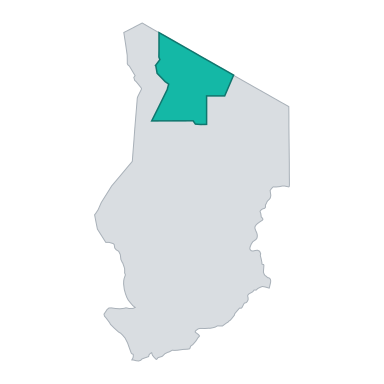 Tibesti Est, Borkou, Chad shown in context
{"feature_id": "50815135B39039287340708", "entity_name": "Tibesti Est", "entity_type": "district", "adm_level": 2, "iso_a3": "TCD", "parent_name": "Chad", "parent_adm1": "Borkou", "projection": "robinson", "projection_center": [18.315, 20.82], "detail": "fine", "context": "in_parent", "style": "filled", "palette": "teal", "viewbox_px": 384, "rotation_deg": 0, "n_neighbors": 0, "source": "geoboundaries", "source_scale": "gbopen_adm2", "svg_char_len": 3927}
<svg xmlns="http://www.w3.org/2000/svg" viewBox="0 0 384 384"><path d="M288.8,106.6L288.9,116.0L288.9,125.5L289.0,134.9L289.1,144.3L289.2,153.8L289.3,163.2L289.3,172.7L289.4,182.1L289.4,185.2L289.2,186.5L288.8,186.9L284.4,186.0L282.4,186.0L279.7,186.6L275.8,187.0L273.2,186.9L271.5,188.5L270.1,190.5L270.8,195.2L270.6,196.7L270.1,198.3L268.9,199.7L267.7,200.8L267.0,201.8L266.1,203.9L265.4,204.9L265.5,206.2L265.3,207.6L264.6,208.3L262.7,208.9L261.6,209.5L260.6,210.5L260.0,211.3L260.3,212.2L260.8,213.6L261.1,215.7L261.2,216.9L262.2,217.9L262.7,218.6L262.9,219.5L262.4,220.2L260.1,221.7L259.2,222.3L258.2,223.1L257.8,223.3L256.2,224.8L255.3,226.1L254.9,227.1L255.0,228.6L255.8,230.8L256.7,232.7L257.1,234.1L257.3,235.6L257.2,237.1L256.8,238.4L255.9,239.5L252.8,241.7L251.3,244.0L250.1,246.9L249.8,248.5L250.1,249.5L250.8,250.4L251.7,250.9L253.1,251.0L255.3,250.5L257.4,250.2L259.6,251.2L260.7,253.7L260.3,255.4L261.1,258.6L261.9,262.5L261.9,263.8L262.2,264.3L263.6,264.5L263.9,265.4L263.4,272.2L264.1,274.1L265.0,275.5L266.1,276.2L267.1,277.1L267.7,277.7L268.9,277.8L270.3,279.1L270.7,280.7L270.6,282.3L269.8,285.8L269.2,288.1L268.4,287.9L266.7,287.4L264.8,286.9L262.3,286.5L260.0,287.4L257.6,288.6L256.8,289.5L256.1,290.1L255.0,290.0L254.0,290.1L253.4,291.0L252.5,291.9L248.9,293.9L248.2,294.7L247.7,295.4L247.7,296.2L248.1,297.8L248.1,299.8L247.3,301.4L246.4,302.5L245.3,302.9L244.4,303.1L243.9,303.8L242.0,307.5L241.2,308.2L239.5,308.1L234.8,313.6L234.4,315.2L232.6,317.5L230.4,320.1L228.5,321.4L228.3,321.8L227.8,322.3L226.6,322.9L222.4,326.0L217.4,325.9L215.2,327.1L213.0,327.7L209.9,328.3L208.9,328.2L204.9,328.5L200.1,328.4L198.3,328.8L196.6,330.0L195.4,331.0L195.2,331.4L195.4,331.8L195.3,332.2L198.6,334.7L199.5,336.0L198.6,337.2L198.2,337.4L197.6,338.4L195.7,341.3L192.7,344.7L191.2,345.7L190.6,346.3L189.8,348.6L189.3,348.9L187.3,349.2L183.3,349.4L177.7,350.2L174.4,350.4L172.3,350.2L169.4,351.8L168.3,352.2L167.7,352.3L164.8,353.8L162.4,356.2L161.5,356.6L158.1,357.6L156.8,359.2L156.2,359.4L154.0,357.2L152.5,355.3L151.8,353.3L151.7,352.7L151.3,352.8L150.1,353.7L149.1,354.7L148.6,356.6L145.1,357.8L142.1,358.9L140.7,360.3L138.6,361.0L136.0,360.7L133.9,360.1L131.8,359.9L132.8,358.2L133.2,357.0L133.3,355.4L133.2,354.3L131.9,353.8L131.2,353.0L129.4,348.1L127.6,343.0L125.1,338.1L122.4,334.9L120.4,333.0L119.7,332.7L118.7,332.1L118.0,331.5L114.3,328.2L110.5,324.4L109.6,322.7L107.7,320.1L105.6,317.4L104.5,316.2L104.0,314.1L105.4,312.1L107.0,309.6L108.9,308.0L111.4,307.9L115.5,308.5L119.9,308.8L124.3,308.3L125.5,307.9L126.6,307.9L129.0,308.5L133.1,308.4L135.2,307.4L132.9,305.7L130.5,302.9L128.2,300.0L126.8,297.3L125.5,293.8L124.3,289.5L123.6,284.0L123.7,280.8L124.1,278.6L125.4,274.9L124.6,272.8L124.7,271.1L124.6,268.5L124.2,267.2L122.7,262.9L122.3,262.5L120.9,259.5L120.3,254.6L118.7,251.3L116.2,249.8L114.7,247.9L114.2,244.5L113.2,243.6L109.2,242.4L105.8,242.4L103.4,238.6L100.3,233.7L97.4,229.1L95.6,220.1L94.6,214.8L95.8,213.3L98.2,209.6L101.3,202.5L108.2,191.5L111.7,185.9L118.8,177.5L127.4,167.2L132.3,161.4L133.1,150.8L134.0,139.6L134.6,131.1L135.4,121.1L136.1,112.7L136.6,106.6L137.3,98.0L137.9,96.3L141.3,89.5L141.5,88.6L140.9,87.5L136.2,81.7L134.7,80.4L133.8,77.4L135.1,75.7L129.4,66.1L127.9,64.9L127.3,63.7L127.3,62.0L127.2,55.3L125.7,44.8L123.8,32.5L130.5,29.1L135.6,26.4L142.2,23.0L148.2,26.5L156.9,31.5L165.7,36.5L174.4,41.5L183.1,46.5L191.9,51.5L200.7,56.5L209.5,61.5L218.2,66.5L227.0,71.6L235.8,76.6L244.6,81.6L253.4,86.6L262.3,91.6L271.1,96.6L279.9,101.6L288.8,106.6Z" fill="#d9dde1" stroke="#a8b0b8" stroke-width="1"/><path d="M233.6,75.1L200.6,56.4L196.7,54.1L159.0,32.6L159.0,49.9L158.9,57.1L159.9,59.6L155.5,65.5L155.8,65.7L157.1,73.3L161.0,77.3L165.2,81.7L168.7,84.1L167.9,86.9L167.5,88.2L167.5,88.4L167.4,89.2L158.6,107.1L151.7,120.9L193.1,120.8L195.4,124.1L200.7,124.5L200.8,124.5L206.6,124.4L206.6,95.9L224.7,95.9L233.6,75.1Z" fill="#14b8a6" stroke="#0f766e" stroke-width="1.5"/></svg>